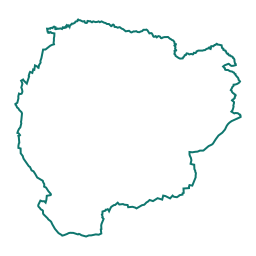 the district of Nong Mamong, Chai Nat, Thailand
{"feature_id": "78962969B54386166532086", "entity_name": "Nong Mamong", "entity_type": "district", "adm_level": 2, "iso_a3": "THA", "parent_name": "Thailand", "parent_adm1": "Chai Nat", "projection": "robinson", "projection_center": [99.839, 15.23], "detail": "fine", "context": "isolated", "style": "outline", "palette": "teal", "viewbox_px": 256, "rotation_deg": 0, "n_neighbors": 0, "source": "geoboundaries", "source_scale": "gbopen_adm2", "svg_char_len": 5591}
<svg xmlns="http://www.w3.org/2000/svg" viewBox="0 0 256 256"><path d="M62.2,235.6L63.9,235.2L67.0,234.0L68.7,233.1L70.1,232.8L73.3,232.9L77.6,234.3L78.3,234.3L78.9,233.9L80.0,234.3L81.4,235.2L86.1,236.5L88.9,235.4L91.2,235.4L95.8,234.4L98.8,234.7L101.3,233.5L100.8,229.4L101.4,229.1L101.2,225.5L101.5,224.0L103.6,218.9L102.8,218.2L102.3,217.4L102.7,217.0L101.9,214.6L102.4,214.2L102.5,211.5L105.3,210.7L105.5,210.5L105.7,209.7L107.3,209.6L107.8,209.2L108.6,210.1L109.1,211.2L110.6,207.9L111.3,206.8L113.9,205.1L115.1,205.0L117.7,202.7L119.3,204.5L122.6,204.1L123.4,204.2L124.2,204.7L127.6,205.0L128.2,207.2L132.5,206.8L135.2,207.6L136.5,208.4L142.0,205.2L144.3,204.7L146.5,202.4L147.8,201.7L149.6,200.0L153.0,201.1L157.6,198.2L162.2,199.6L163.2,195.6L165.5,196.1L170.1,198.4L172.6,195.6L173.5,196.5L174.2,196.8L176.9,197.2L178.9,195.9L179.5,195.2L182.5,194.6L182.6,193.3L183.7,192.9L183.5,188.5L189.0,188.1L189.0,186.6L189.5,185.1L192.3,185.6L195.7,177.2L195.6,176.1L195.9,173.1L195.3,171.9L195.2,170.7L194.4,169.1L194.2,164.7L192.5,164.4L190.6,163.8L191.4,160.2L190.9,157.9L189.8,155.6L189.5,154.3L189.5,152.0L192.4,152.3L195.2,151.8L197.6,151.6L199.9,150.6L203.1,150.6L203.6,150.4L208.6,146.1L211.8,144.6L212.9,143.7L215.7,139.3L218.5,135.5L222.3,132.7L225.0,129.5L226.7,125.9L227.9,124.2L229.4,122.7L231.6,121.1L240.6,117.0L240.6,115.9L240.1,115.4L240.2,114.8L239.9,114.5L239.2,114.3L237.8,113.2L235.4,113.0L234.3,113.4L231.4,111.6L232.4,110.4L233.0,108.8L233.6,106.6L233.3,105.8L234.0,103.0L234.0,102.1L233.3,101.4L232.0,100.4L232.5,99.7L233.6,99.2L234.8,97.9L234.6,97.4L235.7,95.4L235.4,94.7L234.8,94.8L233.8,93.5L232.9,93.0L231.9,91.8L231.6,90.7L230.8,90.1L232.0,88.0L232.2,87.2L233.5,85.9L233.6,84.7L235.5,84.5L237.4,83.8L239.3,82.5L240.0,81.4L238.6,79.8L238.3,78.3L237.7,77.4L237.3,77.1L235.6,75.1L235.5,74.1L234.6,73.8L234.0,72.6L233.0,72.2L232.2,71.6L230.0,71.2L228.0,70.0L226.8,69.9L226.1,70.0L225.1,69.6L224.9,68.2L224.4,68.0L223.1,66.5L224.7,65.3L228.5,63.8L229.0,64.0L230.7,65.5L231.5,65.9L233.2,65.8L235.8,65.1L235.7,64.0L235.0,63.4L234.5,61.4L234.4,59.5L233.8,58.4L233.2,58.2L232.8,57.1L231.8,56.4L231.2,56.4L230.2,55.4L229.7,55.6L229.1,55.4L228.9,55.0L228.5,54.7L228.2,53.7L227.9,53.6L227.4,53.9L226.4,52.8L226.0,51.4L225.6,51.3L225.4,50.6L223.4,49.9L223.2,49.0L223.3,48.6L222.4,48.2L222.0,47.8L221.6,45.3L218.9,44.7L217.9,44.7L217.0,43.9L216.5,43.8L215.6,44.9L214.5,45.0L213.4,46.3L211.8,46.1L211.1,46.3L210.8,48.5L210.6,49.0L210.1,48.8L209.8,47.7L209.3,47.4L208.8,47.6L208.1,48.5L206.5,48.9L205.0,50.1L203.6,50.2L202.6,50.6L198.2,50.6L197.3,51.2L196.6,51.3L196.1,52.5L195.6,53.0L193.8,52.8L193.2,54.2L192.8,54.4L191.1,53.9L189.3,54.4L188.0,53.6L186.6,53.4L186.4,53.7L186.0,54.9L184.7,55.2L184.2,56.5L183.3,57.2L182.7,58.4L180.1,58.6L178.7,58.0L175.6,55.9L175.4,55.5L175.2,54.5L174.4,53.9L174.8,52.2L174.5,50.9L174.9,50.6L176.1,50.5L176.2,50.2L175.1,48.8L175.1,48.3L175.5,47.1L174.5,45.7L175.8,44.8L175.9,44.2L174.6,43.8L174.4,42.1L173.3,40.5L171.8,39.9L170.8,39.1L169.9,38.7L168.0,37.0L164.4,37.1L162.8,37.5L161.7,38.2L160.9,38.0L160.1,36.7L158.7,36.1L158.0,36.3L156.7,37.4L156.4,37.2L156.1,36.4L155.6,36.1L154.2,36.8L153.8,36.8L153.3,36.4L152.4,34.3L151.6,33.2L151.0,33.1L149.4,33.4L147.5,30.4L146.5,29.6L145.5,29.8L143.4,29.8L142.2,31.1L140.7,31.5L139.3,32.2L137.5,32.0L136.3,31.2L134.5,31.5L133.6,31.4L131.6,32.4L130.8,32.2L129.0,30.8L125.7,31.3L123.2,29.2L121.6,28.6L119.8,27.2L119.3,27.2L117.7,27.7L116.3,27.0L114.6,26.9L114.0,25.2L113.3,24.6L112.5,24.8L111.6,26.1L111.2,26.2L108.9,24.0L107.0,24.0L105.5,23.0L104.1,22.7L101.6,21.4L99.8,22.2L98.6,21.4L97.3,21.9L95.6,22.1L93.2,21.4L92.0,22.3L91.2,21.9L90.4,21.2L89.5,21.3L87.7,20.9L87.4,21.1L87.4,22.0L86.8,22.9L86.0,23.0L84.8,22.5L84.4,21.2L82.7,21.5L80.0,20.2L78.9,20.2L78.1,19.5L77.8,19.7L77.3,21.2L75.5,21.6L74.9,22.7L73.3,23.6L71.8,23.7L71.5,24.5L70.9,24.6L70.0,25.4L69.7,26.5L69.4,25.7L69.0,25.8L68.3,26.4L67.9,25.3L67.1,25.7L66.7,25.2L66.1,26.0L66.5,26.5L66.2,27.4L65.6,27.6L65.0,27.1L64.6,27.3L63.8,27.3L63.7,27.6L63.9,28.0L63.2,28.1L62.6,27.6L62.0,29.0L60.3,28.4L58.7,28.8L57.7,28.5L57.0,29.0L55.9,29.1L55.8,28.6L55.5,28.6L55.7,28.3L55.7,27.5L55.0,27.4L54.8,26.9L54.1,26.6L53.5,26.8L53.1,27.5L52.4,28.1L51.8,27.8L50.7,28.0L50.2,28.7L49.4,28.4L48.7,28.8L47.1,28.7L47.6,31.8L48.0,32.0L48.6,31.9L48.7,32.3L48.5,32.8L49.1,32.9L49.5,32.5L50.3,32.4L50.7,32.1L51.4,32.9L54.4,33.4L54.3,36.2L53.9,38.3L53.9,40.7L53.6,42.7L54.0,44.3L52.2,44.8L50.3,45.7L45.5,49.5L43.1,49.6L41.4,58.1L40.4,61.0L40.6,62.6L39.0,65.2L38.6,67.4L38.2,67.1L38.0,67.5L37.0,66.4L35.0,65.4L34.3,69.8L33.2,69.4L32.3,72.9L30.1,71.9L29.5,73.1L28.7,75.9L29.1,76.4L26.8,83.6L23.8,80.6L23.1,79.5L21.1,80.7L21.9,82.2L22.4,83.9L21.3,87.5L22.0,89.3L22.4,91.4L22.2,92.4L21.7,93.6L21.1,93.9L19.8,94.0L19.0,93.6L18.3,96.3L18.4,98.4L17.3,102.8L15.4,103.9L15.5,104.7L16.1,105.2L17.1,107.5L18.4,108.4L19.1,109.8L21.6,112.3L22.0,113.5L21.3,120.4L21.0,121.9L21.3,123.3L20.3,127.4L19.0,128.9L18.0,131.0L17.4,132.9L18.6,133.3L20.0,135.1L19.5,135.6L18.4,135.9L18.8,137.2L19.3,142.8L18.9,143.3L18.4,145.9L18.4,147.9L20.6,148.5L20.7,153.3L22.8,156.1L23.2,157.7L23.7,158.9L28.8,166.2L30.0,167.0L31.6,170.4L33.5,171.3L35.2,173.9L37.2,177.5L42.8,180.8L43.2,182.3L44.2,184.0L44.3,185.0L44.1,186.6L46.1,187.6L48.3,191.1L50.7,193.8L50.9,194.6L50.6,195.1L46.8,195.8L46.4,199.7L45.6,202.6L44.2,201.2L42.3,201.3L40.4,200.6L38.4,204.7L38.2,205.9L38.6,206.7L40.2,208.4L40.7,209.3L42.3,210.1L42.9,210.7L43.1,213.5L43.5,214.3L47.6,218.3L48.3,219.4L50.4,221.0L51.2,221.9L52.3,224.3L54.9,228.8L58.5,233.1L61.5,234.9L62.2,235.6Z" fill="none" stroke="#0f766e" stroke-width="2"/></svg>